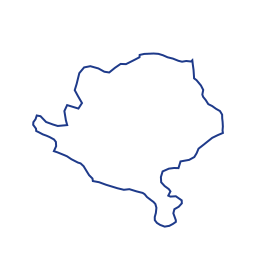 Kurdamir District, Kürdəmir, Azerbaijan (Mercator projection), rotated 287°
{"feature_id": "54616110B82810927503709", "entity_name": "Kurdamir District", "entity_type": "district", "adm_level": 2, "iso_a3": "AZE", "parent_name": "Azerbaijan", "parent_adm1": "Kürdəmir", "projection": "mercator", "projection_center": [48.161, 40.284], "detail": "fine", "context": "isolated", "style": "outline", "palette": "blue", "viewbox_px": 256, "rotation_deg": 287, "n_neighbors": 0, "source": "geoboundaries", "source_scale": "gbopen_adm2", "svg_char_len": 1659}
<svg xmlns="http://www.w3.org/2000/svg" viewBox="0 0 256 256"><g transform="rotate(287 128 128)"><path d="M98.3,41.1L97.8,44.3L97.0,48.4L96.8,52.4L96.4,55.8L95.4,60.6L93.6,63.1L89.6,64.6L84.2,63.9L84.1,67.7L83.4,75.4L83.1,78.0L81.6,83.0L80.3,90.2L80.3,93.0L78.5,96.7L75.1,100.5L71.5,104.6L69.3,108.8L67.0,109.9L67.7,116.2L67.3,123.6L67.3,135.5L67.7,142.1L69.9,147.2L69.9,154.8L70.2,161.0L69.6,163.2L67.5,166.4L65.9,170.7L64.7,174.1L63.3,176.4L60.0,178.5L54.8,179.5L50.7,179.6L47.7,180.6L45.7,183.4L44.7,187.1L44.6,189.1L44.4,191.9L46.5,196.1L49.4,199.0L52.2,201.2L53.8,200.7L58.2,197.4L59.7,196.3L63.9,196.1L67.5,199.5L71.7,201.5L74.5,200.5L76.7,193.7L74.8,188.6L75.1,186.3L79.8,187.1L81.5,184.9L83.2,180.0L85.8,175.6L90.7,173.8L96.6,173.8L101.1,179.0L103.2,183.7L104.4,188.0L109.9,188.0L111.4,188.0L115.4,195.8L119.6,199.9L123.9,201.0L128.9,201.5L133.0,204.4L143.2,211.4L147.4,215.9L151.0,220.2L153.4,219.1L157.1,218.3L161.5,216.7L164.7,215.3L168.3,214.1L171.1,211.0L172.1,206.5L173.6,202.1L174.3,197.8L177.4,194.2L179.7,190.8L181.7,189.3L186.4,188.8L190.0,185.3L193.8,179.5L194.8,176.7L202.7,173.7L207.7,171.4L211.6,169.7L210.0,168.8L209.1,164.1L207.2,160.3L207.0,156.6L207.5,150.6L207.2,145.2L207.8,140.1L207.8,135.4L206.7,130.7L203.6,121.9L201.3,117.8L199.0,118.3L194.3,113.5L188.5,107.4L187.1,102.2L181.7,97.9L175.6,93.8L174.9,88.9L176.3,82.3L176.1,73.9L173.1,68.3L166.2,65.4L155.1,66.0L148.6,66.0L143.9,70.8L138.4,76.7L132.1,74.9L132.1,68.1L132.1,63.1L125.6,62.2L117.3,66.3L113.0,69.0L109.4,60.2L109.4,55.2L109.8,47.9L113.7,40.9L113.3,37.1L109.4,37.0L105.9,35.8L103.3,36.4L100.5,40.2L98.3,41.1Z" fill="none" stroke="#1e3a8a" stroke-width="2"/></g></svg>